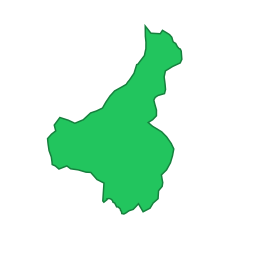 Ethiope East, Delta, Nigeria, rotated 331°
{"feature_id": "59680162B29085579275088", "entity_name": "Ethiope East", "entity_type": "district", "adm_level": 2, "iso_a3": "NGA", "parent_name": "Nigeria", "parent_adm1": "Delta", "projection": "orthographic", "projection_center": [6.0, 5.695], "detail": "fine", "context": "isolated", "style": "filled", "palette": "green", "viewbox_px": 256, "rotation_deg": 331, "n_neighbors": 0, "source": "geoboundaries", "source_scale": "gbopen_adm2", "svg_char_len": 1604}
<svg xmlns="http://www.w3.org/2000/svg" viewBox="0 0 256 256"><g transform="rotate(331 128 128)"><path d="M208.4,94.0L211.8,86.6L212.0,84.3L211.2,83.4L210.6,80.9L210.7,77.2L209.4,74.9L209.3,74.1L210.3,69.9L209.6,66.5L208.2,63.9L205.5,59.3L201.9,61.2L194.0,56.2L192.5,47.2L187.6,56.3L185.3,61.7L182.0,67.5L181.2,68.3L177.5,72.6L170.2,75.8L167.6,77.0L166.3,76.8L159.8,83.1L152.7,86.7L150.1,87.7L147.6,89.0L142.8,89.1L140.6,89.1L139.4,89.1L136.5,89.1L134.2,89.1L129.9,90.6L128.0,91.2L121.1,94.7L115.4,98.2L108.7,97.8L102.6,96.7L92.8,99.1L83.8,98.1L79.6,92.3L73.5,85.8L64.9,89.7L63.4,95.5L58.1,96.3L52.5,98.3L50.8,102.2L50.3,103.4L48.0,109.5L46.9,116.1L45.1,120.8L44.0,123.2L46.1,126.0L47.7,130.4L56.1,131.5L58.1,135.9L64.2,140.5L69.8,146.2L73.9,148.8L75.9,158.0L80.3,164.5L70.6,179.6L70.9,181.2L74.9,180.5L75.1,179.8L76.4,180.1L78.0,181.0L79.0,182.7L79.2,184.5L78.9,185.5L79.1,186.0L80.0,187.0L79.9,190.5L79.8,191.4L80.4,191.8L81.0,192.2L81.4,193.3L81.8,194.2L82.0,195.1L81.6,196.2L81.7,198.0L81.1,199.8L82.7,201.2L82.9,201.1L83.8,201.3L84.7,201.2L85.7,201.3L86.9,201.0L89.0,200.9L93.1,201.7L97.0,200.5L100.4,199.3L100.6,208.6L108.4,208.8L113.6,205.8L120.0,204.4L124.3,197.7L129.6,195.6L131.9,192.6L133.0,189.3L134.5,185.2L141.4,183.3L145.5,180.7L148.2,179.0L153.4,173.9L157.9,168.5L158.2,163.5L158.3,162.7L157.5,154.6L155.6,147.7L150.3,138.4L148.3,133.0L151.1,132.8L153.5,132.7L158.8,131.1L161.6,126.1L163.0,120.1L164.1,116.1L166.6,114.4L170.0,114.1L176.6,115.6L179.5,112.5L181.8,107.3L184.4,100.8L188.4,96.2L196.9,95.8L205.2,96.4L208.4,94.0Z" fill="#22c55e" stroke="#15803d" stroke-width="1.5"/></g></svg>